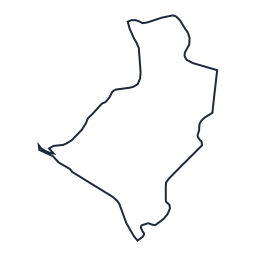 the Department of León
{"feature_id": "NIC-658", "entity_name": "León", "entity_type": "Department", "adm_level": 1, "iso_a3": "NIC", "parent_name": "Nicaragua", "parent_adm1": "", "projection": "orthographic", "projection_center": [-86.624, 12.561], "detail": "fine", "context": "isolated", "style": "outline", "palette": "slate", "viewbox_px": 256, "rotation_deg": 0, "n_neighbors": 0, "source": "natural_earth", "source_scale": "10m", "svg_char_len": 1721}
<svg xmlns="http://www.w3.org/2000/svg" viewBox="0 0 256 256"><path d="M137.5,240.6L133.7,235.9L126.3,223.0L119.4,204.1L117.5,201.1L112.6,196.8L72.4,172.1L69.9,169.0L58.8,162.6L52.8,156.1L39.3,149.9L38.8,145.3L41.1,148.3L44.9,150.8L49.4,152.7L53.7,153.5L49.1,148.5L53.5,145.9L63.2,144.9L66.5,143.4L69.9,141.4L71.7,140.3L81.9,129.7L85.9,123.3L87.4,119.3L88.2,118.0L92.0,114.4L97.0,109.0L101.8,103.7L105.6,102.0L109.4,97.4L112.1,92.2L113.5,90.8L115.7,89.6L129.8,87.7L132.6,87.0L134.1,86.4L137.6,84.2L140.1,78.6L140.6,72.3L138.8,48.0L136.4,42.4L133.8,38.1L129.6,28.5L127.7,21.7L131.1,20.3L133.0,20.1L135.6,20.2L138.7,21.2L142.5,23.1L144.8,22.9L148.8,22.0L161.7,17.7L172.6,15.4L175.0,16.0L176.5,16.8L180.0,20.4L185.2,28.9L187.2,31.6L188.2,33.4L189.6,38.4L189.2,44.7L184.9,52.4L184.6,54.7L184.7,56.4L186.6,59.9L193.2,63.2L217.2,70.2L216.6,75.2L214.3,95.1L212.4,112.8L204.6,117.6L201.8,120.3L200.2,122.5L199.7,123.7L199.4,124.7L199.5,125.4L199.1,127.5L199.1,128.2L199.2,128.8L199.2,129.7L198.9,131.0L197.8,134.5L197.6,135.5L197.7,136.0L198.0,137.0L198.2,137.5L200.1,140.2L200.2,140.3L201.3,141.3L201.6,141.7L201.7,142.2L201.8,143.5L201.9,144.1L202.1,144.9L201.8,145.5L201.0,146.4L181.9,165.4L168.8,178.7L166.1,182.5L165.8,185.6L165.8,199.9L166.0,201.3L166.6,202.4L167.4,203.1L168.4,203.7L169.6,205.2L169.9,208.8L167.4,214.4L163.6,218.8L156.2,224.5L155.1,225.1L154.5,225.1L151.7,224.5L148.9,223.4L148.6,223.4L148.0,223.4L147.5,223.4L147.0,223.6L144.0,224.6L142.6,224.9L141.9,225.3L141.4,225.6L141.1,226.0L140.9,226.5L140.9,227.1L141.0,227.7L141.3,228.7L142.6,231.5L143.6,232.6L143.8,233.1L144.0,233.8L144.0,234.3L143.9,234.8L143.0,236.3L142.3,237.1L137.5,240.6L137.5,240.6Z" fill="none" stroke="#1e293b" stroke-width="2"/></svg>